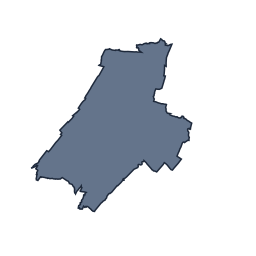 Parincea, Bacau, Romania (Equal Earth projection), rotated 303°
{"feature_id": "2599482B11069906328912", "entity_name": "Parincea", "entity_type": "district", "adm_level": 2, "iso_a3": "ROU", "parent_name": "Romania", "parent_adm1": "Bacau", "projection": "equal_earth", "projection_center": [27.112, 46.465], "detail": "fine", "context": "isolated", "style": "filled", "palette": "slate", "viewbox_px": 256, "rotation_deg": 303, "n_neighbors": 0, "source": "geoboundaries", "source_scale": "gbopen_adm2", "svg_char_len": 5676}
<svg xmlns="http://www.w3.org/2000/svg" viewBox="0 0 256 256"><g transform="rotate(303 128 128)"><path d="M161.2,181.0L161.9,180.5L164.6,179.5L166.8,178.8L166.7,176.4L166.8,175.8L166.8,174.9L166.6,173.6L167.0,172.0L166.9,170.6L166.5,169.8L167.0,169.4L166.9,169.3L167.5,168.8L167.7,168.4L167.8,167.6L166.5,167.0L166.6,166.9L165.8,166.9L165.3,166.7L165.4,166.4L164.9,166.2L164.6,165.8L164.4,165.7L164.1,165.0L164.1,164.3L163.9,163.7L164.1,163.6L164.2,163.2L163.9,162.8L163.8,162.5L163.6,162.4L163.3,162.0L163.0,160.2L162.6,159.5L162.2,158.3L162.3,157.6L161.8,156.4L162.4,155.2L162.5,155.1L163.0,155.4L162.7,154.8L162.6,154.2L162.3,154.1L161.9,153.0L162.1,152.1L162.6,151.6L162.7,151.0L163.2,150.5L164.8,149.5L165.8,148.3L168.6,147.5L168.6,146.9L168.0,146.0L167.3,144.0L166.5,142.8L166.1,141.2L165.5,139.4L165.2,137.4L164.3,135.0L166.7,134.2L167.0,133.3L167.3,133.0L168.1,132.5L168.2,132.1L168.8,132.0L169.4,132.2L170.2,131.7L171.8,131.3L172.0,131.0L172.5,130.8L173.9,130.4L176.0,130.1L176.4,131.2L177.4,133.1L177.7,133.4L179.8,134.7L186.7,132.7L187.3,132.4L188.8,132.1L191.9,131.0L191.3,129.5L193.0,128.9L196.7,126.9L200.4,124.6L200.5,126.4L203.5,124.4L208.0,121.9L211.9,121.1L212.7,120.8L215.1,120.5L222.2,119.2L221.2,118.1L219.4,117.1L218.9,116.6L218.6,116.2L218.1,114.4L217.8,114.2L218.0,114.0L218.9,113.7L219.4,113.3L219.5,113.5L219.6,112.6L220.2,112.2L220.7,111.3L220.7,110.8L220.4,110.2L220.1,109.2L220.6,108.2L220.6,106.8L218.4,107.0L216.6,107.0L216.1,106.3L215.2,106.2L214.7,105.3L214.1,105.2L213.4,104.1L213.4,103.3L213.2,102.8L212.1,100.7L211.1,99.6L210.8,99.6L210.5,100.0L210.2,99.6L209.8,98.9L209.2,98.4L209.0,97.9L209.3,98.0L209.1,97.0L207.4,95.5L206.4,95.1L205.4,94.4L204.7,92.6L203.7,91.8L202.5,90.5L202.3,90.0L202.0,90.1L200.9,91.3L200.5,91.2L200.2,91.3L200.1,91.6L200.2,91.8L200.1,92.1L200.8,92.9L200.5,93.3L200.4,93.8L199.3,94.4L199.2,94.7L199.1,94.8L198.8,98.0L197.7,95.9L196.9,94.8L196.7,94.1L196.3,93.3L195.5,92.3L192.2,86.4L190.1,83.3L189.3,81.7L188.3,79.5L188.4,79.2L188.6,78.9L188.7,78.3L189.0,77.9L188.7,77.6L188.1,77.8L188.1,77.3L187.7,76.9L186.7,75.2L186.3,75.3L186.0,74.7L184.9,72.5L184.6,71.1L184.4,69.3L184.2,69.2L183.9,69.4L182.7,67.9L182.4,67.7L181.8,66.6L180.6,66.3L178.8,66.4L174.9,67.0L173.6,66.9L171.4,68.2L170.5,68.6L170.3,68.5L170.2,68.6L170.2,68.9L167.7,69.9L167.1,70.3L166.4,70.3L165.9,70.2L165.3,69.6L164.7,69.5L165.1,70.8L165.6,72.5L165.9,72.9L166.2,74.4L156.3,75.1L155.1,74.7L154.0,74.6L142.0,74.9L140.9,75.1L137.8,75.1L136.5,75.2L133.4,75.2L132.5,75.1L131.0,75.3L129.6,75.4L129.8,76.3L129.5,76.3L129.2,76.5L128.2,76.6L127.3,76.2L125.2,75.7L122.8,75.5L117.6,75.5L117.7,76.4L117.3,77.3L113.1,76.6L113.2,76.4L108.2,74.9L108.3,76.0L105.6,75.9L100.2,74.8L100.4,74.2L89.1,72.0L87.9,75.2L85.9,74.9L85.9,75.4L85.7,76.4L79.6,75.9L76.4,75.3L67.8,74.7L64.9,74.3L64.9,73.8L64.7,72.2L54.4,71.3L52.8,71.2L51.7,71.4L51.7,71.6L50.1,71.6L49.4,71.4L47.0,69.9L44.5,69.3L43.3,69.4L42.5,69.0L41.5,68.8L45.0,71.2L46.9,71.7L47.4,72.6L47.1,72.8L46.1,72.7L45.5,72.9L43.6,72.9L43.5,73.2L43.5,75.2L43.1,75.6L41.0,75.7L40.8,75.8L40.6,76.2L39.2,76.5L39.5,77.1L38.3,77.4L37.9,77.7L35.5,78.6L35.3,78.7L35.2,79.1L34.6,79.4L34.9,81.0L39.5,81.2L39.7,81.7L39.2,81.8L39.3,82.1L39.9,82.3L41.3,85.5L41.4,86.2L42.1,87.5L41.9,87.8L41.9,88.0L42.6,88.6L42.8,89.3L42.9,90.0L44.5,92.0L44.7,93.1L45.2,94.0L45.7,95.1L45.9,95.1L46.1,95.3L46.6,96.5L47.1,97.2L47.5,97.9L48.0,98.4L48.3,99.0L50.6,99.8L50.6,103.5L50.5,105.0L50.8,106.8L50.7,107.3L50.3,107.9L49.8,109.2L49.5,109.2L50.1,111.2L50.2,112.1L49.7,112.8L49.4,113.4L49.1,114.1L49.2,114.4L49.1,114.6L48.5,115.8L47.7,116.2L47.6,116.6L47.0,117.0L46.5,117.1L46.1,117.5L45.7,117.6L44.6,118.6L44.5,118.8L44.6,119.3L44.2,119.9L46.9,119.5L49.7,120.0L50.9,119.9L51.9,120.3L54.0,120.3L53.1,121.0L52.9,121.8L50.0,122.2L49.1,122.1L48.9,122.4L49.0,122.8L49.8,124.7L50.5,125.9L51.2,128.0L50.0,127.7L49.4,127.7L49.1,127.8L48.5,128.3L48.2,128.1L47.8,127.3L47.5,127.3L46.9,127.9L46.6,128.0L46.0,128.1L44.3,128.6L43.5,128.7L43.1,128.5L41.9,128.5L41.3,128.9L41.0,129.3L40.6,129.4L39.5,128.7L39.3,129.1L39.1,129.2L38.1,129.1L37.9,129.7L37.0,129.5L36.3,129.0L36.1,128.9L33.9,129.8L34.5,130.5L33.9,130.6L34.0,131.1L33.8,131.3L33.8,131.6L33.9,132.1L34.3,132.4L34.6,132.8L34.6,133.1L35.2,133.9L38.3,133.3L38.3,133.5L37.9,134.7L37.9,135.1L38.7,135.3L39.0,136.0L39.4,135.7L39.5,136.0L39.9,136.3L40.1,136.8L40.1,138.8L39.8,139.2L39.8,140.4L39.6,140.8L39.7,141.3L39.2,142.4L39.3,143.1L39.1,143.9L39.8,145.4L40.2,145.3L41.1,145.3L50.4,146.3L51.4,146.7L53.1,147.0L55.3,148.1L55.9,147.9L57.7,148.1L59.3,147.5L60.6,147.6L62.1,147.6L63.1,148.1L63.1,148.5L65.3,149.3L73.8,150.3L73.9,150.8L78.4,151.8L81.5,152.1L81.5,152.5L82.0,153.1L82.4,152.8L82.3,151.7L83.0,151.7L83.1,152.1L83.9,152.7L86.1,153.4L96.7,155.5L100.1,157.7L101.2,157.6L102.5,156.6L102.9,156.6L103.4,156.9L103.9,158.7L104.3,159.1L105.0,159.5L105.7,159.3L106.8,158.3L107.1,158.2L107.3,158.2L107.7,158.5L108.0,159.0L108.4,159.5L108.6,159.5L109.4,159.1L108.8,162.2L108.3,163.2L106.8,168.7L106.0,171.1L106.2,171.5L105.9,172.8L106.5,174.0L106.8,176.0L116.5,177.4L118.7,177.3L118.7,178.8L118.4,180.8L117.1,184.7L116.6,186.4L116.5,186.8L116.9,188.2L119.3,188.4L125.6,189.3L131.0,189.7L131.0,184.5L131.2,184.4L134.6,183.7L136.5,183.5L137.4,183.2L138.3,183.1L138.5,182.9L140.5,182.8L144.0,182.0L144.5,181.8L145.8,181.8L146.7,182.5L146.6,183.4L147.8,183.8L149.6,184.6L150.2,184.8L150.8,185.9L151.8,185.2L152.5,184.9L153.0,184.6L153.4,184.6L153.5,184.5L154.0,183.5L154.3,183.1L155.6,182.2L157.2,181.6L157.7,180.9L158.1,179.8L159.2,178.8L160.0,178.7L160.3,179.3L160.8,179.3L161.0,179.5L160.9,179.8L160.7,180.0L160.6,180.3L160.6,180.8L161.2,181.0Z" fill="#64748b" stroke="#1e293b" stroke-width="1.5"/></g></svg>